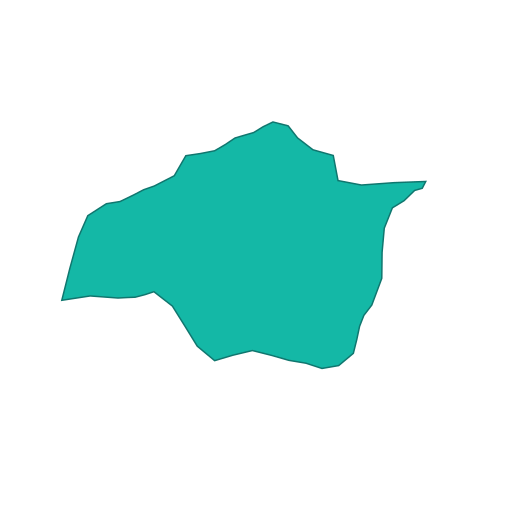 Şəmkir, orthographic projection, rotated 231°
{"feature_id": "AZE-1685", "entity_name": "Şəmkir", "entity_type": "District", "adm_level": 1, "iso_a3": "AZE", "parent_name": "Azerbaijan", "parent_adm1": "", "projection": "orthographic", "projection_center": [46.049, 40.847], "detail": "fine", "context": "isolated", "style": "filled", "palette": "teal", "viewbox_px": 512, "rotation_deg": 231, "n_neighbors": 0, "source": "natural_earth", "source_scale": "10m", "svg_char_len": 854}
<svg xmlns="http://www.w3.org/2000/svg" viewBox="0 0 512 512"><g transform="rotate(231 256 256)"><path d="M378.1,264.6L370.6,277.3L363.8,290.1L362.0,301.9L360.9,314.0L357.2,322.9L353.4,331.9L352.0,342.8L349.5,353.5L336.9,362.9L321.6,362.6L302.7,367.1L285.5,379.3L263.0,367.2L244.8,382.6L226.0,409.6L207.1,434.8L204.0,427.8L207.1,420.6L205.8,405.9L207.6,392.3L196.9,373.2L179.4,356.2L159.5,339.7L145.0,315.1L142.0,302.5L136.2,292.3L127.7,281.8L119.1,270.4L118.8,251.3L127.1,236.5L141.2,227.4L154.2,215.9L169.6,205.1L184.8,193.7L193.6,175.3L200.7,158.0L222.9,153.6L246.0,156.6L269.7,159.5L292.5,154.2L295.8,145.5L300.0,136.2L305.2,129.2L310.2,122.3L329.3,102.0L343.8,77.2L363.5,103.5L382.5,130.0L393.2,150.7L390.8,172.6L383.9,184.6L380.5,199.1L378.2,210.4L374.4,221.0L369.8,243.0L378.1,264.6Z" fill="#14b8a6" stroke="#0f766e" stroke-width="1.5"/></g></svg>